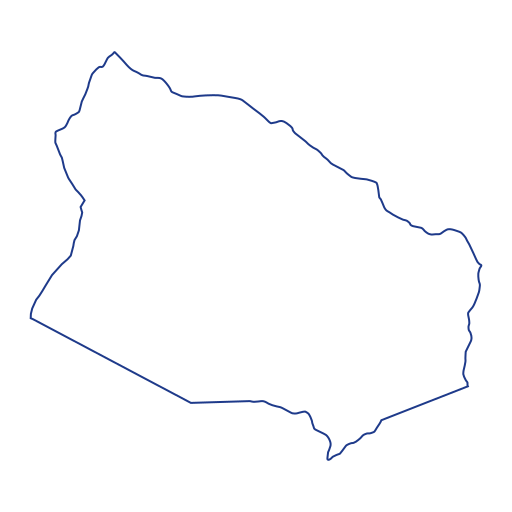 the district of Tatumbla, Francisco Morazán, Honduras
{"feature_id": "27666195B81412432628344", "entity_name": "Tatumbla", "entity_type": "district", "adm_level": 2, "iso_a3": "HND", "parent_name": "Honduras", "parent_adm1": "Francisco Morazán", "projection": "orthographic", "projection_center": [-87.059, 13.986], "detail": "fine", "context": "isolated", "style": "outline", "palette": "blue", "viewbox_px": 512, "rotation_deg": 0, "n_neighbors": 0, "source": "geoboundaries", "source_scale": "gbopen_adm2", "svg_char_len": 5948}
<svg xmlns="http://www.w3.org/2000/svg" viewBox="0 0 512 512"><path d="M190.9,402.9L249.9,401.1L252.1,401.6L253.5,401.8L254.4,401.8L258.2,401.5L261.4,401.1L262.6,401.1L263.7,401.3L265.2,401.8L266.4,402.4L268.6,403.7L272.3,405.2L276.7,406.4L280.0,407.1L281.4,407.6L283.2,408.5L291.2,412.8L291.7,413.0L292.4,413.3L293.4,413.4L294.3,413.5L295.5,413.5L296.7,413.4L297.5,413.2L299.6,412.6L302.9,411.8L304.6,411.6L305.1,411.6L305.5,411.7L306.9,412.5L307.6,413.0L308.4,413.6L309.0,414.4L309.7,415.6L310.5,417.2L311.6,420.0L312.0,421.2L312.2,422.6L312.4,423.4L313.4,426.1L314.0,428.1L314.4,428.8L315.3,429.5L316.2,430.0L323.4,433.5L325.2,434.5L325.9,434.9L326.9,435.8L327.8,436.9L328.6,438.1L329.3,439.4L330.0,441.1L330.4,442.4L330.6,443.7L330.6,445.0L330.4,446.1L329.8,447.9L329.2,449.7L328.3,451.8L328.1,452.2L327.7,455.5L327.4,458.3L327.5,459.2L327.6,459.4L327.9,459.6L328.2,459.8L328.5,459.8L329.3,459.6L330.2,459.1L330.8,458.7L331.4,458.1L332.4,457.1L332.9,456.7L336.4,455.0L338.0,454.4L339.2,454.0L340.0,453.6L342.3,450.7L345.4,446.5L346.2,445.5L347.1,444.9L348.7,444.1L350.5,443.4L351.6,443.1L353.0,443.0L353.7,442.8L354.9,442.2L356.1,441.6L357.1,440.8L358.1,440.1L360.0,438.5L360.9,437.6L362.2,436.1L362.9,435.4L363.5,435.0L364.3,434.5L365.8,433.9L366.9,433.5L367.8,433.4L369.6,433.4L370.9,433.1L372.9,432.4L373.8,432.0L374.3,431.7L374.7,431.2L375.2,430.5L376.9,427.7L379.5,423.8L380.5,422.1L381.4,420.2L467.9,386.3L467.6,385.6L467.5,384.8L467.5,384.2L467.5,383.1L467.4,382.4L467.0,381.8L466.2,380.8L465.8,380.2L464.5,377.6L464.0,376.5L463.6,375.1L463.3,374.2L463.3,373.2L463.4,371.8L463.6,370.4L464.7,365.7L465.4,361.9L465.5,360.6L465.4,358.3L465.5,355.5L465.7,351.8L466.2,350.7L470.8,341.3L471.2,340.2L471.5,338.5L471.5,337.5L471.4,336.6L471.3,335.7L470.9,334.4L470.6,333.3L470.3,332.5L469.9,331.8L469.2,330.8L468.9,330.2L468.7,329.6L468.6,328.8L468.5,327.8L468.5,326.5L468.7,325.7L469.2,324.0L469.3,323.4L469.3,322.4L469.2,320.9L469.0,319.3L468.2,315.3L468.1,314.3L468.1,313.3L468.2,312.8L468.5,312.3L470.0,310.3L472.3,307.6L472.9,306.7L473.6,305.5L474.6,303.4L476.6,298.5L477.8,295.2L478.9,292.1L479.3,290.3L479.6,288.0L479.8,286.3L479.9,285.0L479.7,283.7L479.0,281.7L478.6,279.6L478.3,276.5L478.3,274.8L478.3,273.7L478.5,272.5L479.4,269.2L479.7,268.4L480.1,267.7L481.1,266.3L481.2,265.9L481.3,265.3L480.9,264.8L480.0,264.4L479.4,264.0L478.4,263.0L477.4,261.8L476.1,259.2L473.4,253.2L469.2,244.3L467.1,240.7L465.8,238.0L465.2,237.1L463.7,235.2L462.1,233.5L461.4,232.9L460.7,232.4L459.1,231.7L456.8,230.9L454.4,230.1L452.6,229.6L451.0,229.3L450.0,229.2L449.1,229.2L447.8,229.3L447.0,229.6L446.5,229.8L444.1,231.2L440.9,233.5L440.3,233.8L439.5,234.1L438.5,234.2L436.9,234.2L435.7,234.2L432.5,234.5L431.2,234.5L429.9,234.2L428.9,233.9L428.2,233.6L427.6,233.2L426.5,232.5L424.9,231.2L424.4,230.7L423.6,229.7L423.1,229.2L422.4,228.5L421.7,228.1L421.1,227.8L413.8,226.3L412.9,226.1L411.9,225.7L411.3,225.4L410.7,224.9L410.3,224.5L410.0,223.6L409.5,222.9L408.4,221.9L407.1,220.9L406.4,220.6L405.6,220.3L403.1,219.7L402.2,219.3L398.1,217.4L392.9,214.6L389.6,212.4L387.5,211.2L386.5,210.5L386.0,210.0L385.5,209.4L384.9,208.5L384.3,207.5L383.8,206.3L382.4,202.9L380.8,199.3L379.7,198.0L379.3,197.4L379.2,197.0L378.3,190.0L377.7,186.5L377.4,185.1L376.9,183.7L376.7,183.1L376.3,182.7L375.4,182.2L374.0,181.6L371.7,180.8L366.8,179.4L365.2,179.2L361.0,178.8L355.1,178.0L353.8,177.7L352.6,177.4L351.5,177.0L350.8,176.5L348.7,174.9L346.9,173.4L345.7,172.2L344.4,170.8L343.6,170.1L333.0,164.6L331.8,163.8L331.0,163.3L330.3,162.6L329.0,161.2L327.6,159.7L325.9,158.3L324.0,156.9L323.0,155.9L322.4,155.3L321.5,153.9L320.7,152.9L319.3,151.6L318.2,150.6L317.2,149.8L316.4,149.3L313.3,147.7L309.8,145.3L308.1,143.9L306.1,141.9L305.2,141.1L295.2,133.3L294.2,132.2L293.2,130.9L292.8,130.1L292.6,129.0L292.4,128.5L292.1,127.9L291.5,127.2L290.3,126.0L288.6,124.7L286.5,123.1L284.8,122.1L283.7,121.5L282.5,121.2L281.9,121.0L280.9,121.0L279.9,121.1L278.9,121.3L276.1,122.3L274.1,122.7L271.4,123.2L271.0,123.2L270.6,123.0L269.5,122.3L268.4,121.3L267.2,120.1L265.0,117.9L263.7,116.7L259.5,113.3L253.1,108.5L245.0,102.2L242.8,100.5L241.7,99.8L241.0,99.5L240.0,99.1L237.9,98.5L234.7,97.9L228.7,96.9L221.2,95.6L218.3,95.3L213.2,95.2L205.9,95.4L199.9,95.8L194.7,96.4L192.6,96.7L189.3,96.8L186.1,96.7L183.9,96.5L182.1,96.3L180.7,95.8L176.7,94.0L173.0,92.5L172.0,92.0L171.6,91.7L171.3,91.3L171.1,91.0L170.3,89.1L169.5,87.6L168.2,85.7L166.5,83.5L165.4,82.2L164.1,80.8L162.5,79.3L161.5,78.7L160.7,78.3L159.5,78.0L158.2,77.9L156.1,77.9L154.7,77.8L153.5,77.5L147.5,76.1L145.9,75.8L143.3,75.5L142.6,75.3L141.3,74.8L139.3,73.5L137.5,72.5L136.1,71.8L134.0,70.9L132.5,70.1L130.7,68.8L128.7,67.0L126.7,64.9L123.9,61.7L120.2,57.7L115.0,52.4L114.7,52.2L114.4,52.2L114.1,52.4L113.2,53.5L112.3,54.4L111.6,55.0L109.1,56.7L108.5,57.3L107.9,57.8L107.4,58.6L107.0,59.3L105.5,62.3L104.5,64.3L103.8,65.4L103.1,66.3L102.6,66.7L102.0,66.9L101.4,67.0L100.6,66.9L99.9,66.9L99.1,67.1L98.4,67.6L96.3,69.4L95.3,70.5L93.2,72.8L92.6,73.5L92.0,74.4L91.7,75.1L91.3,76.2L89.0,82.8L88.7,84.1L88.2,86.6L87.4,88.9L85.3,94.3L83.4,98.1L81.8,101.5L81.5,102.7L79.6,110.2L79.2,111.3L79.0,111.7L78.8,112.0L78.0,112.6L76.4,113.6L74.5,114.6L72.7,115.2L72.1,115.5L71.5,115.9L71.0,116.5L70.1,117.6L69.2,119.1L68.4,120.6L67.4,123.0L66.4,124.9L65.5,126.4L65.0,126.9L64.7,127.3L63.8,127.9L62.6,128.6L58.1,130.5L56.3,131.4L55.8,131.8L55.5,132.5L55.4,133.5L55.6,134.9L55.6,135.5L55.4,138.6L55.3,140.7L55.3,142.1L55.4,142.8L55.8,143.7L56.8,145.9L60.0,154.2L60.6,155.4L61.5,157.0L61.9,157.8L62.7,161.1L64.2,167.9L68.1,177.5L68.8,178.8L72.3,184.1L75.5,189.3L76.1,190.0L78.3,192.2L79.7,193.8L80.9,195.1L82.6,197.4L84.6,200.4L80.6,207.0L81.3,209.6L82.2,212.5L81.5,216.0L80.0,220.4L78.9,230.3L76.9,236.2L74.5,240.1L73.8,243.0L73.3,246.1L70.8,255.6L67.5,259.3L61.8,264.2L52.0,275.1L45.8,285.2L42.4,290.9L39.4,295.6L36.2,299.7L32.2,308.5L30.9,313.8L30.7,318.2L33.0,319.2L190.9,402.9Z" fill="none" stroke="#1e3a8a" stroke-width="2"/></svg>